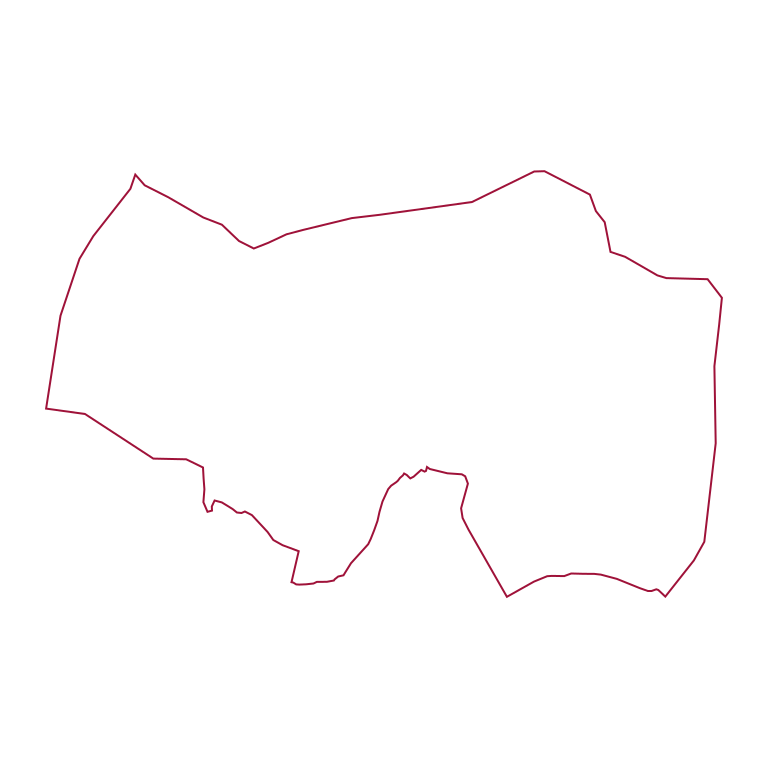 Enugu North, Enugu, Nigeria (Natural Earth projection)
{"feature_id": "59680162B72641942292242", "entity_name": "Enugu North", "entity_type": "district", "adm_level": 2, "iso_a3": "NGA", "parent_name": "Nigeria", "parent_adm1": "Enugu", "projection": "natural_earth1", "projection_center": [7.486, 6.446], "detail": "fine", "context": "isolated", "style": "outline", "palette": "rose", "viewbox_px": 768, "rotation_deg": 0, "n_neighbors": 0, "source": "geoboundaries", "source_scale": "gbopen_adm2", "svg_char_len": 1526}
<svg xmlns="http://www.w3.org/2000/svg" viewBox="0 0 768 768"><path d="M719.2,324.3L721.9,297.8L707.6,279.2L666.4,278.1L657.4,275.4L625.1,256.8L610.5,251.9L604.7,222.2L595.9,211.1L589.9,194.6L544.5,171.2L534.2,171.5L472.0,202.0L379.7,214.8L351.8,218.1L303.2,229.9L286.5,234.3L268.3,242.8L253.8,248.5L239.0,241.0L221.9,224.7L203.3,217.5L168.0,197.1L144.7,185.3L135.3,174.6L130.4,188.8L93.3,236.1L79.5,258.8L60.5,315.7L46.1,408.6L85.0,414.0L153.3,458.6L186.2,459.3L203.0,467.5L203.6,478.5L204.4,489.3L203.4,502.2L207.5,511.8L212.0,510.6L211.8,506.5L214.6,500.5L221.8,502.4L227.4,505.8L232.7,509.1L236.9,512.5L241.5,513.0L244.9,511.5L251.9,515.1L267.6,532.0L273.3,540.0L282.6,545.2L298.7,551.2L291.5,582.2L293.3,582.6L296.2,584.4L299.3,584.6L306.1,584.3L313.5,583.5L316.8,581.9L326.9,581.8L333.9,580.5L334.6,579.4L338.2,576.5L343.5,575.3L345.2,572.5L351.0,563.2L368.2,544.2L370.7,539.0L374.2,530.2L377.5,520.9L379.5,511.8L382.5,501.5L388.2,489.1L391.1,485.7L396.2,482.2L397.8,480.8L400.0,477.9L402.9,475.4L404.1,473.5L406.8,475.0L408.8,477.0L410.3,478.4L413.6,476.7L421.2,469.9L424.6,471.6L426.0,470.9L427.0,467.0L429.8,469.0L447.4,473.3L461.8,474.3L465.2,476.3L467.9,483.6L466.0,490.5L461.1,508.3L462.6,518.0L468.5,529.6L506.9,596.8L534.0,581.6L547.2,576.2L551.9,575.9L564.2,576.1L571.2,573.5L583.0,573.8L594.4,573.9L600.8,574.6L616.9,578.9L639.7,588.1L647.9,591.0L651.5,591.0L656.3,589.3L658.3,590.0L665.3,596.6L693.9,560.4L704.3,541.8L715.7,443.3L714.4,366.2L719.2,324.3Z" fill="none" stroke="#9f1239" stroke-width="2"/></svg>